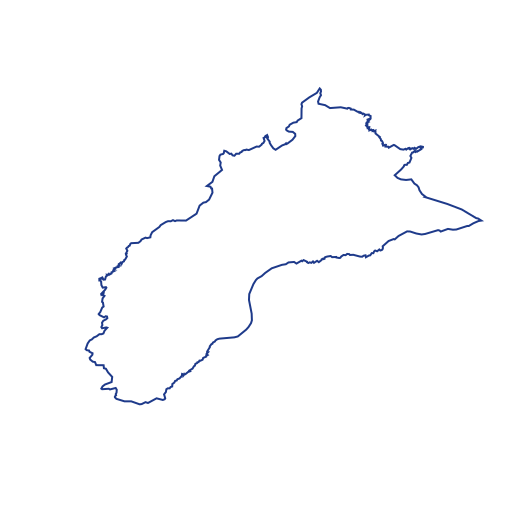 Namtumbo, Ruvuma, United Republic of Tanzania (Equal Earth projection), rotated 54°
{"feature_id": "72390352B4837835329020", "entity_name": "Namtumbo", "entity_type": "district", "adm_level": 2, "iso_a3": "TZA", "parent_name": "United Republic of Tanzania", "parent_adm1": "Ruvuma", "projection": "equal_earth", "projection_center": [36.206, -10.673], "detail": "fine", "context": "isolated", "style": "outline", "palette": "blue", "viewbox_px": 512, "rotation_deg": 54, "n_neighbors": 0, "source": "geoboundaries", "source_scale": "gbopen_adm2", "svg_char_len": 6025}
<svg xmlns="http://www.w3.org/2000/svg" viewBox="0 0 512 512"><g transform="rotate(54 256 256)"><path d="M359.8,52.9L356.2,54.3L354.8,55.6L339.3,62.2L326.4,70.6L307.7,84.6L307.8,84.0L303.4,85.3L298.9,85.1L296.0,84.1L293.4,84.2L290.5,85.3L285.3,85.3L282.7,89.9L279.2,93.7L276.0,95.6L272.2,96.3L271.3,87.7L270.4,83.7L269.7,82.9L269.7,82.0L270.9,80.4L270.0,78.5L270.6,76.9L268.0,72.6L265.8,72.3L264.1,68.9L264.6,68.0L264.3,67.0L264.9,66.3L264.3,65.5L265.6,65.8L265.8,64.2L266.3,64.2L266.7,59.5L265.7,59.4L266.3,57.2L265.8,56.8L264.0,58.4L263.3,60.7L263.4,63.3L261.6,64.2L261.8,65.6L260.6,66.2L260.4,68.7L259.6,69.0L259.4,68.1L258.6,68.4L258.2,69.5L258.2,71.9L257.2,72.0L256.6,74.2L254.3,76.5L247.7,78.8L247.1,79.3L246.4,84.9L245.4,84.7L243.6,86.9L242.7,85.9L242.5,86.6L241.9,86.4L241.4,88.3L239.5,87.8L239.5,87.1L238.7,86.7L236.7,86.5L236.0,87.0L234.8,86.3L232.5,86.4L232.4,85.9L227.1,87.3L225.5,86.2L224.9,86.9L224.5,86.0L223.5,88.1L222.8,87.4L222.1,88.6L221.5,88.5L221.0,90.4L220.3,89.8L219.8,90.2L219.0,89.3L218.5,90.0L218.1,89.0L217.3,90.2L216.2,89.4L216.2,90.1L215.0,90.3L214.2,88.2L213.5,88.7L213.1,88.2L213.6,86.1L212.7,86.3L212.6,85.2L212.1,86.0L211.2,85.6L212.0,82.4L210.1,81.0L208.6,81.9L207.9,81.6L206.3,84.2L206.3,85.3L205.7,84.6L203.9,85.4L203.8,86.4L202.1,86.5L201.7,87.4L201.0,87.2L200.7,88.2L199.8,88.0L199.1,89.0L195.1,90.8L193.2,93.2L192.4,92.7L190.8,93.8L190.3,94.6L190.5,95.5L185.5,100.0L179.8,109.2L174.6,111.4L169.6,115.9L167.5,115.0L165.0,111.2L164.1,108.9L162.1,108.3L161.1,106.7L159.6,105.8L157.9,106.0L159.8,110.9L159.0,119.6L159.0,128.6L159.9,130.0L162.0,130.7L163.4,132.4L171.2,138.2L170.9,142.7L171.6,144.4L170.1,147.4L169.6,151.6L170.5,153.2L170.4,156.2L171.5,157.4L172.8,157.2L174.7,156.3L177.2,153.3L180.2,152.5L182.1,153.7L183.4,158.2L183.5,164.4L183.3,165.6L182.5,165.5L182.7,166.9L181.9,169.8L181.6,177.7L179.1,178.7L175.1,178.7L172.4,178.4L171.5,177.7L168.0,177.8L166.9,176.4L164.7,175.9L164.7,177.3L165.7,177.9L164.6,178.1L165.2,179.6L165.0,180.5L167.9,181.4L168.9,183.6L168.7,185.2L169.2,185.9L169.4,189.2L167.8,191.2L166.1,199.5L164.2,201.3L164.2,202.1L163.3,203.4L162.9,205.3L163.4,206.6L162.9,207.8L163.4,209.5L161.6,211.9L162.2,214.5L160.8,215.8L158.7,215.8L158.0,217.3L153.9,218.5L152.2,219.8L153.9,221.7L154.1,222.6L153.1,225.2L153.7,226.8L156.5,229.4L159.6,229.6L161.8,231.8L166.4,232.9L167.0,242.8L170.4,247.7L170.5,254.6L173.2,252.1L175.1,252.5L175.6,251.9L179.2,254.0L182.8,260.8L183.0,264.8L181.9,267.2L182.1,272.0L186.8,279.2L186.2,291.8L180.6,299.3L180.2,301.0L178.2,302.1L177.8,304.5L176.1,306.8L175.5,309.0L175.0,315.0L175.7,317.1L175.7,326.0L177.3,329.1L178.8,330.5L177.5,333.6L176.2,334.6L175.4,338.9L176.1,340.7L176.2,343.4L172.3,349.4L172.3,350.4L173.4,352.2L173.1,353.0L173.6,354.6L173.4,355.6L173.7,356.6L176.2,357.0L177.5,359.7L178.1,359.4L178.5,360.4L180.5,360.8L182.0,364.1L181.8,364.9L182.7,366.0L182.4,367.6L183.4,369.4L181.8,369.3L182.0,371.2L182.7,371.6L182.1,372.0L182.8,372.8L183.6,372.4L183.1,373.8L184.0,373.9L183.0,375.9L183.4,377.1L182.8,377.1L182.6,377.9L183.6,377.7L183.5,379.6L184.3,380.7L184.7,380.2L184.3,382.6L185.2,383.1L184.9,385.5L183.9,385.5L184.1,386.7L183.6,387.4L184.4,387.4L184.3,389.4L186.3,391.9L185.5,393.3L183.0,392.9L182.9,393.5L184.0,393.9L183.2,394.5L183.2,396.1L182.5,395.4L182.3,396.1L183.7,397.1L184.3,396.4L185.6,396.3L188.7,398.2L191.5,398.6L193.0,395.7L193.7,395.7L194.6,397.9L195.7,403.6L196.6,403.9L196.8,401.5L198.0,402.8L199.2,402.1L200.1,405.0L202.6,407.5L203.7,407.2L207.3,409.0L207.3,410.7L209.8,414.9L210.5,417.4L211.9,417.3L216.3,415.0L216.4,413.0L217.4,412.1L218.9,412.8L219.1,414.7L218.6,417.6L219.5,419.8L221.6,420.9L222.6,422.9L224.0,423.0L225.8,419.1L226.6,418.5L227.4,422.4L229.0,425.0L228.5,426.9L227.2,428.7L227.3,432.1L226.6,435.1L227.0,437.8L226.6,440.1L227.8,443.6L231.2,448.6L232.7,448.3L234.4,446.6L235.6,447.0L238.6,445.4L239.7,446.4L240.7,450.5L242.3,451.0L245.5,450.2L247.2,448.6L250.4,449.4L254.8,443.5L257.4,445.0L259.0,443.7L263.2,444.1L269.3,443.4L273.1,446.9L271.2,453.7L271.3,456.8L272.4,459.1L273.3,458.8L276.9,453.1L278.1,452.6L280.3,447.1L282.4,447.3L284.6,449.2L285.3,450.7L286.4,451.0L286.7,452.7L287.4,453.2L289.5,452.9L296.3,447.8L300.2,442.4L307.6,437.3L308.6,435.5L309.3,431.3L311.4,429.8L312.7,420.1L317.7,416.0L318.2,414.1L317.8,413.1L313.9,411.7L313.1,408.9L311.1,406.8L311.2,405.2L312.3,403.7L311.8,402.1L312.3,400.5L310.4,398.9L310.4,396.5L309.5,394.8L310.1,393.4L309.5,392.0L310.1,389.9L309.5,387.2L309.9,386.9L308.0,385.1L309.2,384.3L309.8,384.5L309.3,383.5L309.9,383.5L310.1,382.5L309.9,379.1L310.5,377.1L309.5,377.2L309.8,373.5L308.7,371.0L308.8,369.9L307.6,368.4L308.0,366.7L307.5,365.9L308.1,364.9L307.4,363.2L308.0,362.7L308.5,360.2L307.4,358.6L308.1,355.5L307.5,355.1L307.7,353.3L306.2,353.7L305.7,351.4L305.1,352.1L304.6,351.7L302.6,346.9L301.9,346.5L301.1,343.8L301.4,342.9L300.7,341.8L301.0,339.5L300.5,338.4L300.6,336.2L301.4,334.1L309.1,321.3L310.4,318.0L309.8,307.2L309.1,303.9L307.4,299.5L305.6,297.1L300.1,293.4L287.4,287.5L282.8,283.8L277.2,274.6L275.4,270.2L275.0,268.0L275.6,263.3L275.1,258.5L275.2,250.5L278.4,240.2L280.2,236.7L280.3,233.5L283.2,228.7L285.9,227.7L286.5,222.0L287.4,221.7L287.3,219.9L290.6,218.1L291.0,218.4L292.4,217.8L292.7,216.3L294.1,215.2L293.9,213.1L295.6,213.1L295.8,209.4L297.9,208.8L297.8,205.3L297.3,204.8L297.5,203.4L298.3,203.1L298.5,202.1L297.7,201.5L297.6,200.7L298.3,198.7L299.9,195.6L301.7,195.1L303.9,191.7L304.4,191.9L306.6,189.8L307.0,188.8L306.5,187.4L306.6,184.6L308.0,183.0L307.9,181.0L309.3,179.5L310.4,179.4L312.2,176.6L317.7,172.1L319.0,170.5L319.0,168.8L319.8,167.0L321.6,167.8L322.0,164.3L322.6,163.2L321.7,160.7L322.7,159.4L321.7,157.7L321.6,156.4L323.4,155.2L323.2,152.4L324.6,152.2L325.1,150.8L325.0,149.8L324.1,148.6L322.6,147.8L321.8,139.9L323.2,134.7L324.1,134.0L323.6,128.9L324.9,119.3L326.8,116.9L332.0,113.1L335.9,109.4L337.6,106.2L342.1,93.5L343.3,92.5L344.8,92.2L346.9,84.8L350.5,81.2L352.3,78.4L355.9,67.4L356.8,66.2L357.3,60.8L358.5,55.4L359.8,52.9Z" fill="none" stroke="#1e3a8a" stroke-width="2"/></g></svg>